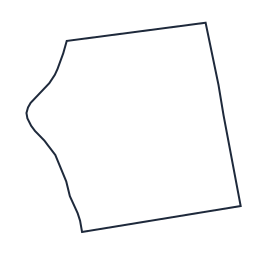 outline of Mason, Michigan, United States of America, rotated 350°
{"feature_id": "52423323B31744681172371", "entity_name": "Mason", "entity_type": "district", "adm_level": 2, "iso_a3": "USA", "parent_name": "United States of America", "parent_adm1": "Michigan", "projection": "equal_earth", "projection_center": [-86.383, 43.997], "detail": "fine", "context": "isolated", "style": "outline", "palette": "slate", "viewbox_px": 256, "rotation_deg": 350, "n_neighbors": 0, "source": "geoboundaries", "source_scale": "gbopen_adm2", "svg_char_len": 468}
<svg xmlns="http://www.w3.org/2000/svg" viewBox="0 0 256 256"><g transform="rotate(350 128 128)"><path d="M225.4,224.4L224.3,131.9L224.6,101.3L222.7,37.8L82.8,31.6L78.3,40.9L77.2,43.2L68.8,57.7L68.6,58.0L65.2,62.9L58.3,70.2L36.5,86.3L33.1,90.4L30.6,95.6L30.6,101.0L33.0,109.0L35.9,114.8L43.4,125.8L44.1,127.1L45.8,130.5L51.6,141.7L51.7,141.8L57.9,169.9L58.9,185.0L63.6,203.1L64.7,211.0L64.7,222.4L225.4,224.4Z" fill="none" stroke="#1e293b" stroke-width="2"/></g></svg>